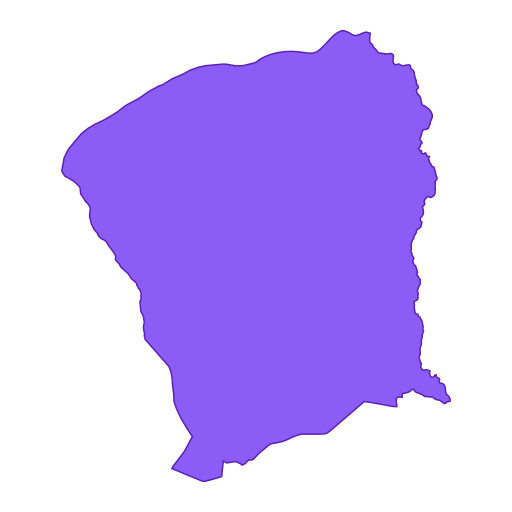 Mwea, Central, Kenya
{"feature_id": "3690345B50229507526225", "entity_name": "Mwea", "entity_type": "district", "adm_level": 2, "iso_a3": "KEN", "parent_name": "Kenya", "parent_adm1": "Central", "projection": "natural_earth1", "projection_center": [37.398, -0.655], "detail": "fine", "context": "isolated", "style": "filled", "palette": "violet", "viewbox_px": 512, "rotation_deg": 0, "n_neighbors": 0, "source": "geoboundaries", "source_scale": "gbopen_adm2", "svg_char_len": 5957}
<svg xmlns="http://www.w3.org/2000/svg" viewBox="0 0 512 512"><path d="M420.6,140.9L419.8,137.9L420.8,136.8L422.5,130.7L423.5,129.8L424.9,129.5L426.6,129.2L428.3,128.4L430.1,123.8L430.5,121.5L432.2,117.4L432.3,115.2L431.9,113.8L431.3,112.4L430.4,110.8L429.5,109.6L428.3,108.6L426.8,107.6L425.8,106.6L424.5,105.9L422.8,105.3L421.7,103.9L421.6,102.3L421.0,100.6L420.7,98.2L419.7,96.0L418.2,94.4L417.2,93.1L416.6,91.6L416.6,89.7L418.4,87.8L418.0,85.7L416.8,84.4L416.3,82.8L416.2,80.5L415.5,78.9L415.0,77.4L414.4,74.1L414.1,72.2L413.4,70.5L411.7,69.5L410.7,68.4L410.5,66.1L409.6,64.9L408.0,64.9L406.1,65.1L404.2,65.6L402.3,65.7L400.6,65.0L399.2,64.1L397.7,64.1L395.9,64.9L393.8,63.7L393.0,61.3L393.1,59.2L393.6,56.8L393.1,54.8L391.8,53.7L390.4,53.4L388.9,53.8L386.9,53.9L382.6,53.5L381.2,53.0L379.6,53.1L378.4,52.7L377.3,51.6L376.2,49.8L373.6,47.4L372.1,44.3L370.8,43.2L369.7,41.8L369.8,37.1L370.2,33.1L368.9,32.9L366.9,32.2L364.9,32.3L362.7,33.1L359.4,34.6L357.9,35.0L356.3,35.4L354.9,35.5L353.4,35.2L352.2,34.6L351.0,33.9L349.6,33.0L348.1,32.2L346.0,31.4L344.1,30.7L342.4,30.7L341.1,31.0L339.3,31.7L337.8,32.5L335.3,34.1L332.5,36.5L327.6,41.7L325.5,44.0L320.8,48.7L317.9,51.1L316.4,51.9L314.5,52.7L312.3,53.1L309.2,53.2L307.4,53.0L299.1,51.9L292.1,51.4L290.5,51.4L286.2,51.6L282.2,51.9L280.4,52.2L277.0,52.8L273.3,53.7L271.4,54.2L265.1,56.6L263.3,57.5L260.2,59.1L255.5,62.5L252.8,63.3L243.2,65.6L238.2,65.9L234.5,65.6L230.6,65.0L227.4,64.3L225.8,64.2L223.1,64.1L220.5,64.3L206.5,65.6L199.6,66.9L191.5,69.6L189.7,70.4L183.7,73.8L176.1,77.1L172.9,78.5L170.8,79.6L163.1,84.5L158.9,86.0L151.0,90.3L147.6,92.3L142.1,96.2L138.4,98.6L135.4,100.3L128.8,103.8L125.6,105.6L123.9,106.8L117.7,111.7L110.3,116.3L102.2,120.9L94.8,124.3L88.3,128.2L83.9,131.6L81.3,133.8L74.9,141.3L72.1,144.8L69.3,148.1L67.7,150.5L65.6,154.7L65.0,156.1L64.0,158.1L63.7,160.3L62.3,168.1L61.8,170.6L62.5,172.6L63.7,174.3L64.8,176.0L66.1,177.0L67.7,177.6L69.7,178.7L71.3,179.9L73.1,180.7L74.8,182.1L77.8,184.9L79.3,186.6L80.2,188.5L80.5,192.3L80.7,194.1L81.7,195.3L85.0,200.7L86.6,202.5L87.9,203.7L89.2,205.9L90.1,207.7L90.3,209.6L89.7,213.5L89.6,215.3L89.6,216.9L90.6,220.3L90.9,222.0L91.4,224.1L92.4,225.9L93.3,227.9L94.3,229.6L95.5,231.2L97.1,232.7L97.8,234.5L98.8,236.4L100.8,238.3L102.6,239.3L104.3,240.1L105.5,241.0L106.5,241.9L107.2,243.3L108.2,245.0L111.1,249.0L112.5,250.7L114.8,254.4L115.7,256.0L115.5,258.2L115.4,259.8L119.3,264.2L120.8,267.0L128.2,273.8L131.9,279.2L135.4,282.1L136.7,283.6L136.9,285.4L138.0,286.6L138.3,288.3L139.7,289.5L141.2,293.5L140.9,295.7L141.2,297.7L140.9,299.4L139.9,301.9L140.2,304.5L140.6,308.9L140.9,311.4L143.0,315.5L143.6,317.2L143.7,319.1L144.1,320.6L144.2,322.6L143.4,327.4L143.6,329.3L144.1,331.5L144.6,334.2L144.3,336.0L145.0,337.7L145.0,339.2L169.1,366.7L169.7,368.7L170.5,370.5L171.1,372.9L171.8,376.1L172.3,380.4L172.4,383.9L173.3,390.7L173.7,394.4L174.0,401.5L174.5,402.8L176.3,408.2L179.0,414.3L181.6,419.4L188.0,430.0L192.4,436.4L191.7,437.8L190.1,440.7L187.2,446.3L184.2,451.6L176.3,462.1L172.9,466.4L171.9,468.6L201.4,480.8L203.3,481.3L205.0,481.3L206.8,480.9L215.6,478.4L221.6,476.6L223.3,461.1L225.1,462.0L226.4,462.8L227.8,462.8L231.4,462.1L233.5,461.8L235.6,461.7L237.5,462.3L238.8,462.9L240.5,463.8L242.3,465.1L245.2,463.5L246.6,462.1L248.4,460.1L251.7,460.0L253.1,459.5L258.4,453.9L260.2,452.3L268.0,445.8L269.8,444.5L271.2,443.8L278.5,442.4L282.4,441.5L285.5,440.4L290.5,438.1L291.7,437.4L299.0,434.7L301.9,434.1L319.0,434.1L324.2,433.9L325.8,433.6L327.2,432.9L329.6,431.4L342.3,420.4L354.7,409.8L364.2,401.5L372.4,402.7L393.1,406.5L396.9,406.6L396.9,405.1L396.5,403.3L396.2,400.8L396.3,398.5L397.8,397.2L400.4,397.0L402.1,397.3L402.1,395.3L402.9,393.4L404.7,393.2L406.5,392.8L409.6,391.7L410.9,390.3L412.3,389.3L413.8,389.5L415.0,391.5L416.6,392.6L419.0,393.1L421.0,394.3L422.8,394.8L424.4,396.4L431.0,397.0L433.0,397.4L434.8,398.8L436.6,399.8L438.6,399.9L440.5,400.7L443.0,402.7L444.3,403.5L445.8,403.2L446.7,401.8L450.1,401.3L450.2,399.3L449.1,396.9L448.1,395.6L446.7,394.4L445.6,392.2L445.3,388.3L444.8,386.1L443.7,384.3L442.1,383.4L440.0,383.0L438.9,381.7L439.7,379.8L439.1,378.3L437.2,377.6L436.2,376.4L436.1,374.8L434.8,375.2L434.0,376.6L432.8,377.2L431.3,377.1L430.0,375.5L429.5,373.2L430.0,371.0L428.3,370.3L426.4,369.7L424.4,370.1L422.4,369.9L420.6,367.0L421.1,365.2L421.3,363.1L420.3,361.8L419.9,359.9L419.1,358.0L419.1,356.5L420.1,354.9L420.2,352.8L420.0,350.2L420.1,347.7L420.9,346.0L421.3,344.6L421.4,342.6L421.3,340.4L422.3,336.8L422.4,334.4L422.8,333.0L423.6,331.1L422.8,329.0L423.2,326.5L422.6,324.3L422.2,322.3L421.7,320.5L420.7,318.9L420.0,317.3L418.3,316.2L418.0,314.4L416.7,313.9L415.3,313.6L414.9,311.9L414.7,310.0L414.2,307.2L414.5,305.0L414.0,301.5L416.5,300.4L417.6,299.5L418.1,298.0L417.7,296.4L418.2,294.7L418.0,292.8L417.5,291.3L417.7,289.6L418.3,287.8L419.3,285.9L420.4,283.4L420.2,281.1L420.1,279.4L419.1,278.2L418.5,276.8L417.6,275.6L416.4,274.3L417.5,272.7L417.0,270.1L416.4,268.6L415.7,266.1L414.2,264.6L413.1,262.9L412.8,260.5L413.9,258.3L413.0,256.6L412.0,255.2L411.9,253.3L410.6,251.7L411.3,249.9L411.2,248.1L411.3,245.8L411.0,243.7L411.7,242.3L412.4,240.2L413.7,238.6L413.8,236.5L415.0,234.8L416.3,232.6L416.4,230.8L417.7,229.3L419.4,228.2L420.5,227.2L421.3,225.5L421.5,223.8L421.9,222.1L420.8,221.1L420.3,219.2L420.7,217.5L422.0,216.3L423.0,214.8L423.4,212.4L423.4,210.4L422.8,208.4L422.5,206.8L424.6,204.5L424.7,202.9L424.1,201.5L425.0,199.3L426.3,198.0L427.2,196.7L428.7,196.6L429.8,197.4L431.0,197.4L433.0,196.4L434.4,194.9L435.1,193.2L435.0,191.1L435.4,189.3L435.2,187.2L435.1,184.9L435.4,181.0L436.8,179.6L437.1,178.0L435.8,174.6L435.6,173.1L434.8,169.9L434.4,168.4L433.8,167.0L432.1,166.5L431.0,164.2L429.6,162.4L429.2,160.4L428.5,158.0L429.4,156.6L428.2,156.4L426.9,156.0L426.5,154.3L425.2,152.7L423.8,153.9L421.5,153.2L421.5,150.9L420.1,151.2L419.7,149.7L418.3,148.7L420.1,146.7L420.5,144.5L422.0,143.4L421.8,141.8L420.6,140.9Z" fill="#8b5cf6" stroke="#5b21b6" stroke-width="1.5"/></svg>